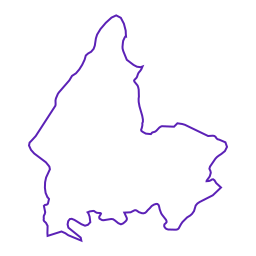 an SVG outline of Shkodër
{"feature_id": "ALB-1498", "entity_name": "Shkodër", "entity_type": "County", "adm_level": 1, "iso_a3": "ALB", "parent_name": "Albania", "parent_adm1": "", "projection": "albers", "projection_center": [19.744, 42.245], "detail": "fine", "context": "isolated", "style": "outline", "palette": "violet", "viewbox_px": 256, "rotation_deg": 0, "n_neighbors": 0, "source": "natural_earth", "source_scale": "10m", "svg_char_len": 2848}
<svg xmlns="http://www.w3.org/2000/svg" viewBox="0 0 256 256"><path d="M125.8,33.5L126.0,36.2L125.7,36.0L124.7,37.5L123.2,40.7L122.9,42.7L122.5,46.8L122.6,48.7L123.3,51.2L126.8,59.8L133.5,64.9L136.9,66.7L140.6,67.2L142.5,66.5L141.3,69.3L140.7,70.2L139.9,71.3L139.1,72.1L138.4,73.1L137.9,74.2L137.0,76.9L136.3,78.0L134.5,79.8L134.1,80.6L134.4,81.6L137.6,85.6L138.2,87.3L138.7,89.6L138.9,96.6L138.6,98.8L138.7,102.0L139.5,106.4L142.2,115.7L142.9,119.5L142.9,121.8L142.5,122.7L142.3,123.5L142.4,124.7L142.3,125.7L141.8,127.9L141.1,129.9L141.5,131.0L142.9,132.0L145.8,133.6L150.9,134.1L152.0,132.7L152.5,132.4L153.2,132.2L154.1,132.0L155.2,131.6L156.4,130.7L159.3,127.6L160.6,126.7L161.9,126.2L174.0,126.7L177.4,123.3L182.2,124.0L184.9,124.8L208.1,136.0L212.9,135.7L214.4,136.0L215.6,136.9L216.4,138.2L217.5,139.2L219.3,139.7L225.4,142.3L227.0,146.9L224.9,151.1L221.3,154.0L218.7,155.7L216.9,157.1L215.4,158.7L210.0,166.6L209.4,168.8L210.4,170.9L210.8,172.8L209.7,176.5L206.7,180.6L206.6,181.2L209.0,181.0L210.6,180.4L211.9,179.5L213.1,179.3L214.5,180.3L216.2,183.1L221.0,187.5L212.8,195.3L199.8,201.9L197.4,203.5L195.7,205.5L194.0,211.1L192.0,213.9L190.2,215.5L187.1,217.4L182.5,222.0L181.1,224.0L178.7,228.4L177.6,229.3L176.0,229.7L168.1,229.5L166.3,228.9L165.2,227.9L164.3,226.6L164.2,225.5L164.4,224.4L166.1,222.8L166.6,222.0L166.5,221.0L166.0,219.8L162.1,214.8L161.2,213.4L159.7,209.3L159.1,206.5L158.7,205.2L157.5,204.0L156.2,203.9L154.0,204.6L151.7,206.0L149.7,208.3L147.7,210.2L146.3,211.9L145.2,212.8L143.6,213.3L141.9,213.2L138.8,212.1L137.2,210.9L135.8,210.2L134.5,210.3L130.6,212.3L124.3,212.6L126.7,217.8L126.9,218.9L126.7,219.8L126.0,220.9L124.5,222.3L122.8,223.6L120.9,224.3L118.3,223.2L114.6,220.2L113.0,219.2L111.2,219.0L103.7,220.2L102.1,220.1L100.3,219.1L99.5,218.6L99.2,217.7L99.3,216.6L100.1,215.3L100.7,214.3L101.0,213.7L100.7,213.2L100.1,213.0L97.8,212.9L96.6,212.7L95.4,212.0L94.6,211.4L94.0,211.0L93.3,210.9L89.8,211.4L87.6,212.3L88.5,213.5L89.6,216.6L90.3,222.2L87.9,224.8L85.0,225.7L81.4,224.2L74.4,219.9L71.7,218.8L69.8,219.1L68.2,221.2L67.6,224.4L68.4,227.7L80.7,237.6L81.3,240.6L68.2,235.2L65.3,233.2L61.5,231.5L47.6,235.9L47.4,233.1L47.6,225.9L46.0,222.9L44.1,221.1L43.6,220.0L43.8,218.8L43.7,217.0L43.9,215.6L44.7,214.2L45.2,212.2L43.9,205.9L45.0,204.9L46.7,204.7L47.9,203.7L49.0,199.0L47.5,197.1L47.4,197.1L45.6,192.9L44.9,187.7L45.1,182.2L46.1,177.5L49.9,169.3L49.4,166.7L48.9,166.0L45.9,162.3L34.2,153.5L31.1,150.0L31.0,149.9L29.0,145.5L29.6,142.6L31.4,140.8L35.7,136.1L55.4,105.7L55.6,104.3L55.5,100.5L55.9,98.5L57.8,94.0L58.8,92.5L69.3,80.4L72.0,75.9L76.0,73.3L79.3,69.4L82.2,64.8L84.6,59.7L85.8,55.5L88.2,53.4L91.1,51.8L93.6,48.9L94.8,45.6L95.9,38.4L97.1,34.6L100.5,29.0L105.8,22.8L107.9,20.9L111.5,17.6L116.2,15.4L120.8,17.8L123.9,23.7L125.7,30.7L125.8,33.5Z" fill="none" stroke="#5b21b6" stroke-width="2"/></svg>